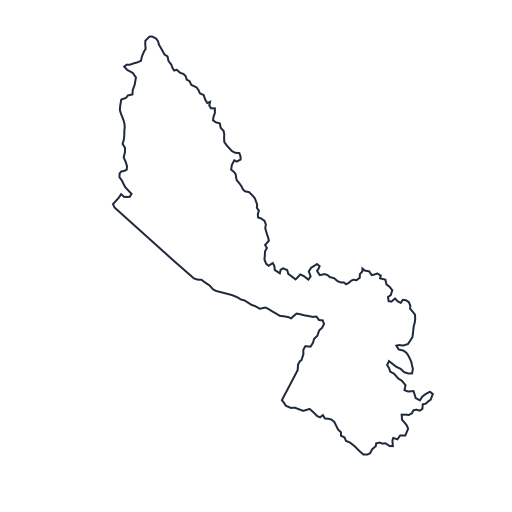 Guarinos, Goiás, Brazil, rotated 137°
{"feature_id": "56859067B11606390380719", "entity_name": "Guarinos", "entity_type": "district", "adm_level": 2, "iso_a3": "BRA", "parent_name": "Brazil", "parent_adm1": "Goiás", "projection": "natural_earth1", "projection_center": [-49.746, -14.703], "detail": "fine", "context": "isolated", "style": "outline", "palette": "slate", "viewbox_px": 512, "rotation_deg": 137, "n_neighbors": 0, "source": "geoboundaries", "source_scale": "gbopen_adm2", "svg_char_len": 4219}
<svg xmlns="http://www.w3.org/2000/svg" viewBox="0 0 512 512"><g transform="rotate(137 256 256)"><path d="M217.5,307.4L220.0,310.9L220.1,313.7L219.0,317.4L218.6,320.8L218.4,324.5L217.0,327.0L215.1,329.7L214.8,332.7L215.3,336.1L211.7,339.0L206.6,340.8L205.7,338.2L201.5,337.0L199.6,339.1L198.0,342.6L200.9,345.8L202.1,349.3L202.0,356.4L201.5,360.9L198.9,364.0L196.3,366.6L194.4,369.5L194.4,373.8L192.0,377.7L194.2,381.1L194.9,384.6L191.8,387.0L188.6,388.6L185.4,392.0L188.2,394.8L187.5,398.0L184.5,400.1L187.3,401.1L186.6,404.8L184.5,409.4L186.1,413.3L184.9,416.5L184.5,419.9L186.6,425.2L185.4,429.3L186.4,432.2L184.8,435.5L184.9,438.6L186.5,441.6L187.0,446.3L189.4,447.5L188.7,450.9L187.5,453.5L187.0,458.3L184.6,462.3L185.5,465.7L184.2,470.9L182.9,476.6L181.1,480.1L180.8,483.2L182.3,487.4L184.3,489.1L190.1,488.9L192.5,486.5L195.4,482.8L198.5,481.9L203.2,479.8L207.1,477.2L210.7,478.5L213.5,480.0L217.9,482.0L220.1,484.1L223.2,484.4L223.3,480.0L221.3,474.0L222.0,468.5L227.8,464.1L233.0,461.4L236.2,458.4L240.1,460.8L243.3,460.3L247.8,462.3L251.0,459.9L253.4,458.0L256.1,455.5L257.9,451.7L260.2,445.8L261.9,442.6L264.3,439.6L267.0,437.3L270.6,433.5L273.7,431.0L277.1,429.0L278.0,424.5L281.0,421.3L285.4,418.5L287.2,413.6L289.1,409.6L291.7,407.3L294.6,408.2L296.8,409.7L299.4,409.4L302.1,406.8L302.6,402.8L304.7,395.7L304.7,386.3L308.1,385.4L312.1,389.1L312.5,393.2L316.6,392.2L325.2,391.5L326.4,387.9L319.7,311.9L319.3,307.6L316.7,282.0L314.8,278.5L312.1,275.8L311.6,272.7L310.9,269.7L310.0,265.7L310.2,261.1L309.1,257.8L303.3,248.7L300.1,243.6L297.8,238.5L296.7,234.5L294.7,231.4L293.5,226.8L292.6,223.3L290.8,220.0L289.2,214.8L286.7,213.4L284.2,211.8L283.0,208.7L281.8,204.1L280.7,200.7L279.4,196.0L276.3,192.4L273.9,189.0L272.8,186.4L269.6,186.5L265.6,186.2L263.4,183.3L261.1,179.6L258.3,176.0L256.1,172.8L253.1,170.5L253.6,166.2L251.1,163.4L252.6,159.9L256.8,158.4L260.5,158.5L265.6,155.8L270.0,155.8L273.4,153.7L278.0,152.5L281.4,156.4L285.4,155.1L288.5,151.7L291.3,150.2L293.5,148.9L296.0,149.1L299.2,148.0L303.4,144.1L335.4,132.9L335.6,130.0L336.3,126.0L334.1,121.1L331.0,118.5L329.4,115.2L327.1,110.6L324.5,109.2L321.1,107.6L320.6,103.0L320.4,97.1L319.1,94.3L315.6,94.0L316.4,90.1L313.9,87.4L312.3,84.7L311.9,81.1L313.2,76.9L314.3,73.3L314.1,69.1L316.4,66.6L315.0,62.9L316.3,59.5L314.5,55.5L313.6,49.7L313.4,42.9L312.8,37.5L310.0,34.9L307.0,33.9L303.0,35.4L298.0,35.3L295.9,37.0L292.9,35.3L291.6,32.7L289.0,30.6L287.9,25.9L285.6,23.6L282.1,28.0L279.7,29.3L277.6,25.5L272.9,26.4L269.3,22.9L262.6,25.9L261.4,28.7L261.0,32.1L260.9,36.6L257.7,40.6L254.6,37.8L252.8,35.6L249.2,34.6L246.1,35.8L243.5,34.2L241.7,31.2L238.6,30.7L235.2,33.8L232.4,32.2L228.9,32.2L226.3,31.8L220.8,34.5L221.4,38.1L225.4,39.2L227.9,39.6L230.3,39.7L234.6,38.7L236.1,43.2L232.9,49.7L237.2,53.2L238.9,56.6L234.8,59.5L234.4,65.1L235.5,69.5L235.3,75.6L236.7,79.9L235.1,83.4L234.5,86.8L230.4,88.4L229.0,79.4L227.2,74.8L226.9,70.0L224.6,66.0L221.9,63.7L218.3,66.4L214.6,72.8L213.5,76.0L212.5,79.3L212.0,82.8L212.8,86.5L215.4,90.3L214.5,94.7L212.1,93.3L209.4,90.1L204.9,88.0L200.5,89.0L196.7,90.1L192.9,93.3L188.9,96.8L185.4,99.0L182.4,101.5L179.7,104.7L179.4,108.3L179.3,112.1L176.9,114.7L175.7,118.1L176.5,121.4L178.5,123.8L182.1,123.0L183.3,126.1L183.3,130.1L188.1,130.3L189.8,132.5L187.5,136.0L184.1,135.5L179.7,138.0L179.3,142.3L180.0,146.2L177.5,150.5L180.5,155.1L178.1,156.6L179.2,160.5L181.7,161.5L184.4,163.1L183.7,167.6L186.3,171.0L186.7,174.2L188.7,172.2L192.4,171.9L195.0,169.3L199.1,169.8L200.9,172.2L203.3,173.0L206.3,173.1L209.4,173.9L209.8,176.8L211.8,178.5L213.5,181.9L214.0,186.4L216.4,190.3L216.7,193.3L218.2,196.0L222.4,198.5L221.5,203.5L218.8,204.1L216.4,205.2L216.9,208.5L220.7,209.2L223.8,209.8L227.9,208.7L230.0,203.8L233.8,203.0L234.8,208.9L236.2,212.3L240.0,212.0L243.0,211.9L244.0,217.7L244.6,220.9L242.8,224.5L244.7,228.6L247.4,229.1L250.4,227.1L251.8,232.9L249.2,236.6L248.6,239.4L253.5,240.3L253.9,243.4L252.2,247.7L249.7,249.9L246.1,253.3L242.6,254.4L241.8,257.9L238.6,258.1L236.1,258.4L234.4,261.5L233.3,264.1L230.3,270.0L227.2,272.4L225.8,276.0L226.7,280.1L228.2,282.7L226.2,285.3L223.0,287.2L222.5,290.6L220.0,293.0L217.5,299.0L217.3,302.0L217.5,307.4Z" fill="none" stroke="#1e293b" stroke-width="2"/></g></svg>